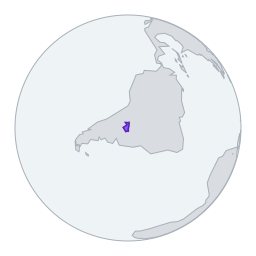 the Earth from above Chaco, rotated 58°
{"feature_id": "ARG-1306", "entity_name": "Chaco", "entity_type": "Province", "adm_level": 1, "iso_a3": "ARG", "parent_name": "Argentina", "parent_adm1": "", "projection": "orthographic", "projection_center": [-59.946, -26.062], "detail": "fine", "context": "on_globe", "style": "filled", "palette": "violet", "viewbox_px": 256, "rotation_deg": 58, "n_neighbors": 0, "source": "natural_earth", "source_scale": "10m", "svg_char_len": 4317}
<svg xmlns="http://www.w3.org/2000/svg" viewBox="0 0 256 256"><g transform="rotate(58 128 128)"><circle cx="128" cy="128" r="113" fill="#eef3f6" stroke="#a8b0b8"/><path d="M95.2,20.2L94.9,20.3L95.2,20.3L103.5,18.8L102.6,19.5L103.9,20.0L106.1,19.2L105.8,18.5L110.3,17.4L109.4,17.1L111.1,16.8L111.7,16.6L115.5,16.1L118.9,15.8L118.6,16.1L120.0,16.2L123.5,15.7L126.0,16.4L132.9,17.4L133.1,17.8L127.9,18.6L119.9,18.8L113.1,21.0L121.4,19.2L121.9,20.8L123.6,21.0L125.8,20.9L127.2,20.2L128.2,20.9L120.3,22.6L119.3,22.0L121.8,21.4L118.1,21.6L112.7,23.4L113.4,24.3L104.7,26.9L105.0,27.7L103.3,28.9L103.3,27.3L103.1,30.4L93.0,35.9L92.4,42.9L88.7,38.3L84.7,38.6L79.8,40.0L79.6,41.1L73.4,42.2L67.2,46.6L64.0,53.3L65.4,57.4L72.4,55.3L74.9,51.9L80.3,49.9L75.5,58.7L84.7,57.6L83.3,64.1L85.9,66.9L90.7,65.1L95.6,66.0L99.5,61.6L105.5,58.9L105.3,64.2L108.9,59.0L112.1,61.3L124.3,60.6L123.3,61.8L133.5,68.3L144.9,71.8L147.5,76.2L146.1,78.8L150.1,79.9L150.2,81.7L166.4,86.6L174.9,92.9L174.7,99.5L167.8,105.9L162.0,122.4L149.8,126.7L147.0,133.9L137.9,144.6L130.5,143.4L133.0,149.2L129.1,152.7L124.3,152.9L123.8,157.1L120.3,157.3L122.9,160.1L117.9,165.9L120.1,170.5L116.6,175.4L118.2,178.2L116.6,178.2L115.2,179.4L115.2,181.0L110.2,178.8L107.9,172.5L109.2,169.2L107.1,168.9L109.6,160.6L107.6,162.4L106.8,150.8L109.1,141.3L109.2,116.4L106.5,111.9L97.8,107.6L87.3,93.0L89.8,86.2L87.7,83.7L94.8,74.0L93.1,66.9L90.7,66.2L88.1,69.4L79.9,66.6L77.3,62.0L54.3,62.2L52.4,60.9L53.2,57.2L49.7,50.5L49.3,58.6L47.1,58.1L46.2,55.9L47.7,54.2L48.5,50.4L47.2,50.6L50.5,46.3L51.7,45.1L58.1,39.7L64.9,34.7L72.1,30.2L79.5,26.3L87.3,23.0L95.2,20.2ZM91.4,45.7L102.0,47.9L95.6,49.3L96.9,48.4L94.3,47.2L89.3,46.7L83.8,48.7L91.4,45.7ZM97.1,40.6L95.2,40.6L97.1,40.3L97.1,40.6ZM109.6,16.9L110.6,16.7L109.9,16.8L109.6,16.9ZM118.9,183.8L110.7,179.7L115.2,181.5L117.7,178.7L122.2,182.1L118.9,183.8ZM126.5,177.0L129.7,175.7L130.7,176.5L128.7,177.6L126.5,177.0ZM215.6,57.2L216.1,57.9L216.9,58.8L221.6,65.3L225.8,72.1L229.5,79.2L232.7,86.5L235.4,94.1L237.5,101.8L239.1,109.6L240.2,117.5L240.6,125.5L240.5,133.5L239.8,141.5L238.6,149.4L236.8,157.2L234.4,164.9L233.6,166.1L230.3,173.6L229.4,173.9L227.1,177.8L224.4,180.3L221.2,181.4L219.3,176.5L221.8,172.5L224.9,162.8L230.4,142.1L233.7,135.4L234.6,128.9L233.0,112.0L233.5,105.5L232.4,101.5L230.5,100.3L228.9,95.6L227.4,94.4L216.5,89.9L211.4,83.2L201.3,66.9L202.1,62.6L199.2,56.7L202.0,45.3L205.9,48.1L211.3,52.2L215.6,57.2ZM201.4,42.6L204.4,46.4L202.3,45.4L198.1,42.4L191.6,36.0L197.1,39.1L194.9,37.4L189.2,33.4L189.8,33.8L201.4,42.6ZM205.0,52.1L205.8,53.6L205.0,52.1ZM124.7,60.5L126.1,61.5L124.1,61.6L124.7,60.5ZM94.5,51.4L96.8,51.1L98.0,51.7L96.2,52.2L94.5,51.4ZM114.7,49.3L117.5,49.6L114.5,50.1L114.7,49.3ZM103.7,48.2L112.5,49.3L106.7,51.2L101.2,50.7L105.1,49.8L103.7,48.2ZM95.6,43.2L97.0,43.3L96.4,44.2L95.6,43.2ZM98.5,40.4L97.9,40.6L97.3,40.0L98.5,40.4ZM122.3,20.7L123.0,20.6L125.2,20.6L124.0,20.9L122.3,20.7ZM136.0,19.6L137.3,20.7L135.5,20.0L134.1,20.4L128.7,19.7L133.0,18.0L132.0,18.8L136.0,19.6ZM122.7,18.8L125.6,19.1L122.2,18.8L122.7,18.8ZM181.7,29.0L181.3,28.8L180.4,28.3L181.7,29.0ZM123.5,15.4L123.8,15.4L120.8,15.6L123.5,15.4ZM120.4,15.6L122.3,15.6L118.6,15.8L120.4,15.6ZM143.3,16.4L143.2,16.4L144.0,16.6L139.1,16.0L135.2,15.6L143.3,16.4Z" fill="#d9dde1" stroke="#a8b0b8" stroke-width="1"/><path d="M130.8,129.6L130.7,129.7L130.6,129.8L130.5,130.0L130.5,129.9L130.4,130.0L130.3,130.3L130.3,130.5L130.2,130.6L129.9,130.8L129.9,131.0L130.0,131.2L130.0,131.3L129.9,131.5L129.9,131.8L128.6,131.8L127.8,131.8L126.6,131.8L124.9,131.8L124.9,131.5L124.9,129.5L124.9,128.4L124.9,128.2L124.9,127.4L124.8,127.2L121.9,127.3L122.4,126.6L123.7,124.8L123.7,124.2L124.1,124.4L124.3,124.4L124.3,124.5L124.5,124.6L124.8,124.7L124.9,124.8L125.0,124.9L125.1,125.0L125.3,125.2L125.5,125.2L125.7,125.3L125.8,125.3L125.9,125.5L126.0,125.6L125.9,125.6L126.0,125.7L126.3,125.9L126.4,126.0L126.5,126.1L126.8,126.2L126.8,126.3L127.0,126.3L127.1,126.5L127.3,126.6L127.3,126.8L127.5,126.9L127.5,127.0L127.8,127.3L128.0,127.4L128.0,127.5L128.3,127.7L128.4,127.9L128.5,127.9L128.5,128.0L128.8,128.2L128.9,128.3L129.0,128.4L129.0,128.5L129.3,128.5L129.5,128.6L129.8,128.7L129.8,128.8L130.0,128.9L130.0,129.0L130.3,129.2L130.4,129.3L130.5,129.3L130.6,129.5L130.8,129.6L130.8,129.6Z" fill="#8b5cf6" stroke="#5b21b6" stroke-width="1.5"/></g></svg>